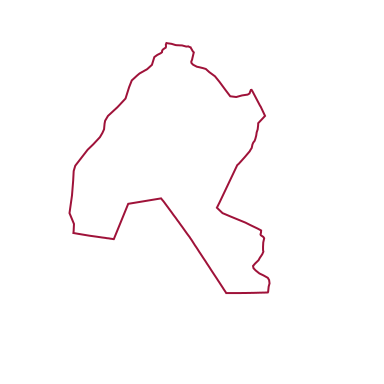 Kulbus, Western Darfur, Sudan, rotated 136°
{"feature_id": "16777658B88334295817955", "entity_name": "Kulbus", "entity_type": "district", "adm_level": 2, "iso_a3": "SDN", "parent_name": "Sudan", "parent_adm1": "Western Darfur", "projection": "mercator", "projection_center": [22.731, 14.61], "detail": "fine", "context": "isolated", "style": "outline", "palette": "rose", "viewbox_px": 384, "rotation_deg": 136, "n_neighbors": 0, "source": "geoboundaries", "source_scale": "gbopen_adm2", "svg_char_len": 2822}
<svg xmlns="http://www.w3.org/2000/svg" viewBox="0 0 384 384"><g transform="rotate(136 192 192)"><path d="M207.3,67.1L206.9,67.2L206.6,67.3L205.4,68.3L204.7,68.9L202.8,70.5L202.7,70.6L201.2,71.5L199.7,72.4L197.7,75.1L197.1,77.6L198.5,82.3L200.1,86.6L200.7,91.3L200.7,94.4L199.5,96.4L196.4,96.7L191.6,96.7L189.0,97.5L184.8,98.4L182.1,99.5L181.3,100.8L179.0,103.2L175.8,106.2L172.2,108.6L171.9,110.2L172.2,111.5L172.5,113.1L172.1,114.0L170.8,114.7L169.0,116.3L169.1,116.7L170.2,120.1L173.1,127.9L174.8,132.8L181.3,147.6L184.7,155.6L185.0,163.4L179.6,165.3L140.8,179.9L138.8,179.8L130.3,180.4L122.2,181.2L120.6,181.7L118.5,182.2L117.1,183.1L115.7,184.1L113.6,185.0L111.4,185.3L109.4,186.3L106.6,188.0L104.0,190.0L101.3,191.4L97.9,194.2L96.6,195.5L86.6,196.0L83.2,206.0L83.2,206.5L78.5,222.6L78.2,224.1L78.8,224.5L80.6,223.7L82.2,222.9L84.3,223.4L88.9,226.7L94.2,229.6L98.0,234.3L97.1,241.8L95.7,252.3L95.1,259.3L96.3,266.3L96.6,270.9L98.0,273.4L99.7,276.1L101.5,278.8L102.8,282.8L102.8,285.0L102.2,286.1L101.3,286.6L99.9,287.2L98.9,287.9L93.7,291.2L93.7,292.6L93.2,294.5L92.7,296.6L92.5,297.0L93.2,298.3L93.4,299.2L95.1,300.6L97.3,304.3L101.1,308.3L101.8,309.2L103.8,312.8L106.3,316.0L106.9,316.9L108.3,316.3L109.7,314.7L110.6,314.1L111.9,314.4L113.4,314.6L114.2,314.7L115.3,314.4L116.5,313.4L118.2,313.6L121.7,314.7L125.2,315.2L125.4,315.2L126.5,314.6L132.5,311.3L138.9,311.5L147.4,313.7L150.3,313.9L157.8,314.1L164.4,311.1L174.9,305.4L186.4,304.8L199.6,305.1L205.0,303.6L207.4,301.9L211.7,298.2L215.5,296.7L220.2,295.4L229.9,294.9L237.7,294.9L257.7,292.0L262.5,289.3L269.6,282.7L280.7,272.9L294.8,261.9L295.5,260.1L299.1,251.0L304.2,246.2L304.8,245.7L305.8,244.9L303.1,241.2L296.2,231.9L293.3,228.2L291.1,225.4L290.5,224.6L289.4,223.2L288.7,222.3L288.5,222.0L287.2,220.4L286.4,219.4L285.8,218.6L285.6,218.3L285.3,217.9L285.2,217.8L284.9,217.4L284.6,217.1L283.5,215.7L283.3,215.3L283.2,215.2L282.9,214.9L282.8,214.7L282.3,214.1L282.2,214.0L282.0,213.7L281.7,213.3L281.2,212.6L281.0,212.4L246.1,227.8L218.7,208.9L218.9,206.6L219.0,204.9L219.1,204.3L219.2,203.3L219.3,202.7L219.5,201.3L219.5,201.1L219.8,199.1L219.8,198.8L220.2,195.9L220.4,194.5L220.8,191.4L221.1,189.5L221.3,188.1L221.7,184.6L222.2,181.5L222.4,179.5L222.6,178.4L223.0,175.7L223.3,173.4L223.4,172.8L224.1,168.2L224.3,166.8L224.5,165.5L225.1,160.7L225.3,160.1L225.4,159.2L225.7,157.5L226.6,153.1L226.9,151.7L227.3,149.2L227.7,147.1L228.5,143.2L228.6,142.5L229.7,136.8L230.4,132.8L231.0,129.9L231.1,129.4L231.2,128.7L232.1,124.0L232.2,123.7L233.5,116.8L234.3,112.4L234.9,109.4L235.0,108.7L235.4,106.7L236.5,101.0L236.5,100.9L236.6,100.7L237.3,96.8L237.5,95.9L237.6,95.5L231.2,89.4L227.8,86.1L227.7,86.0L224.1,82.6L222.5,81.1L222.2,80.8L218.0,76.9L216.6,75.6L212.2,71.6L210.2,69.7L208.4,68.1L207.3,67.1Z" fill="none" stroke="#9f1239" stroke-width="2"/></g></svg>